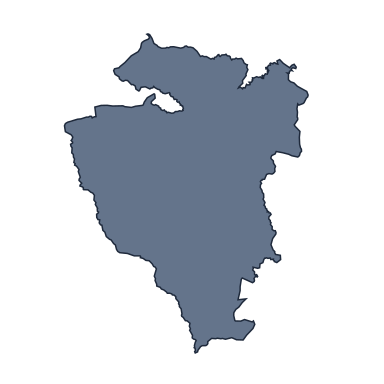 Albania, La Guajira, Colombia (orthographic projection), rotated 176°
{"feature_id": "7082276B89391660501858", "entity_name": "Albania", "entity_type": "district", "adm_level": 2, "iso_a3": "COL", "parent_name": "Colombia", "parent_adm1": "La Guajira", "projection": "orthographic", "projection_center": [-72.544, 11.245], "detail": "fine", "context": "isolated", "style": "filled", "palette": "slate", "viewbox_px": 384, "rotation_deg": 176, "n_neighbors": 0, "source": "geoboundaries", "source_scale": "gbopen_adm2", "svg_char_len": 6044}
<svg xmlns="http://www.w3.org/2000/svg" viewBox="0 0 384 384"><g transform="rotate(176 192 192)"><path d="M261.7,318.5L260.5,314.7L256.7,311.9L256.5,310.0L254.2,307.8L252.8,307.3L250.6,308.1L248.5,307.7L244.9,303.3L243.3,303.3L241.2,301.6L240.8,298.6L238.1,296.5L237.4,296.7L235.5,300.0L231.2,300.2L226.8,297.7L225.9,298.4L223.9,298.6L222.8,300.0L221.9,298.8L218.9,296.8L217.0,296.3L216.4,294.4L215.0,293.7L214.3,292.7L211.9,291.9L207.6,292.7L207.1,292.0L207.4,290.9L206.2,288.8L204.3,288.2L203.3,285.5L202.2,285.7L200.6,285.1L200.8,283.4L200.0,282.6L198.4,282.6L198.4,281.6L197.6,280.7L197.6,279.4L196.6,279.5L196.2,278.6L195.4,278.5L194.8,275.7L195.5,275.0L195.2,274.0L196.6,273.4L199.0,273.9L200.4,273.3L203.0,273.4L204.8,272.1L206.8,272.0L210.1,273.2L211.5,272.8L211.9,274.1L212.9,274.2L213.9,275.8L215.4,275.3L217.3,276.4L217.4,277.9L218.8,278.6L219.3,280.0L222.2,281.7L223.5,281.2L224.8,281.7L226.5,283.1L226.2,285.0L222.2,288.2L222.4,292.1L223.0,292.6L230.0,289.2L233.3,285.1L234.6,282.3L235.4,281.9L242.4,281.5L246.5,280.6L253.0,281.8L254.9,282.8L265.1,283.3L270.6,284.4L276.6,284.7L283.0,283.5L282.5,273.9L284.3,273.8L286.4,272.9L286.9,274.4L288.5,274.7L290.2,273.9L292.0,274.1L297.7,272.7L301.1,272.6L311.2,270.3L313.5,269.1L314.6,267.0L314.1,261.0L308.4,257.4L307.1,255.1L308.1,252.7L309.0,251.8L307.6,250.1L307.8,249.1L309.8,248.1L309.5,246.0L308.5,244.5L309.2,239.4L307.8,237.8L307.8,235.0L306.9,233.2L307.8,229.7L306.6,228.5L307.2,227.0L305.4,225.9L303.2,222.4L304.0,220.3L302.4,214.5L303.7,212.7L303.9,211.4L301.4,208.5L303.1,206.8L303.4,205.8L300.7,204.6L300.1,203.7L300.3,202.4L300.0,201.9L295.6,201.4L292.9,198.8L291.1,197.9L289.6,195.5L290.4,190.8L288.6,188.2L289.3,186.3L287.3,182.3L287.7,181.9L287.7,179.4L286.6,178.5L287.1,177.5L288.7,176.5L288.8,173.2L287.7,171.0L286.0,170.7L286.7,167.6L285.5,165.6L284.2,165.2L283.6,160.0L281.7,158.0L280.6,153.5L277.6,150.6L276.0,149.8L273.8,146.0L272.1,144.5L271.3,140.0L270.2,137.9L268.3,136.5L260.7,135.2L254.0,132.3L248.3,131.9L247.8,131.4L248.1,130.1L245.3,129.1L242.8,127.0L239.5,126.4L236.7,123.1L235.4,120.4L234.1,119.8L232.9,117.8L235.5,110.7L234.5,108.2L235.0,106.2L233.7,102.7L233.7,100.6L230.3,99.1L229.4,97.4L227.0,96.3L224.3,93.9L223.7,92.7L221.4,92.6L219.3,91.8L218.8,90.7L217.1,90.4L215.5,88.8L215.5,86.7L212.8,83.1L213.2,81.4L212.5,80.3L212.6,78.5L211.0,76.3L210.5,71.0L211.1,69.9L210.9,68.7L209.5,67.5L207.6,64.1L205.8,63.8L203.2,61.2L204.0,58.4L203.1,55.5L204.0,54.3L201.5,49.0L202.0,46.5L200.7,45.2L198.9,44.5L198.2,43.5L199.2,41.9L200.3,38.7L200.2,37.0L200.7,36.5L199.8,35.8L199.7,33.5L200.5,32.6L200.0,31.2L197.6,32.1L197.1,33.7L194.2,37.2L192.5,38.0L188.9,37.8L187.5,38.7L186.8,39.6L186.7,41.7L182.6,44.6L178.6,44.0L176.9,44.4L173.5,43.6L171.8,43.8L168.9,42.8L162.5,43.9L157.9,41.5L151.3,40.8L147.5,45.4L140.7,51.6L138.6,55.6L139.7,59.1L141.0,58.2L148.5,61.1L152.3,59.8L157.6,60.3L158.2,60.8L159.0,65.8L158.7,68.7L156.5,71.8L153.3,73.9L149.6,78.2L145.6,81.6L153.6,81.3L150.9,90.2L150.6,94.2L148.9,101.5L147.9,102.7L137.9,97.3L136.2,98.4L135.8,99.7L136.2,101.4L134.5,103.4L132.8,102.7L132.4,103.2L133.3,105.1L134.6,104.8L135.3,105.3L135.2,108.0L136.9,110.0L136.2,111.5L136.3,112.7L131.8,111.3L129.8,111.7L129.2,115.5L126.2,116.6L125.0,119.8L123.9,121.0L123.2,120.8L122.4,121.2L120.9,120.5L118.6,120.7L118.1,119.1L115.5,119.3L115.7,118.5L114.7,117.6L114.8,116.9L112.3,115.7L108.3,118.4L108.3,122.7L113.0,123.9L113.8,125.9L113.6,126.8L115.1,128.5L116.9,133.9L114.8,139.9L111.3,144.2L111.0,145.6L111.6,147.6L113.1,147.7L114.7,149.1L114.4,151.9L116.0,154.1L115.3,156.0L116.0,156.7L115.9,158.1L117.3,159.8L117.0,161.9L114.7,164.1L115.3,165.6L116.6,165.8L116.9,167.0L118.3,166.9L118.0,168.1L118.7,168.8L118.6,169.8L119.7,170.5L120.1,172.7L121.1,173.7L119.9,176.5L121.6,179.9L120.8,181.4L120.7,185.1L121.9,186.8L122.1,188.8L123.6,191.6L123.2,194.4L122.0,195.8L123.1,197.5L122.4,198.6L121.4,198.7L121.1,199.6L118.7,199.7L116.4,204.3L114.0,205.0L110.9,204.3L109.4,205.0L107.8,206.7L107.9,209.5L106.9,211.8L108.7,215.1L108.7,217.3L110.9,219.9L110.9,220.8L109.9,222.8L106.4,224.2L105.2,226.5L98.9,224.9L92.9,222.9L89.9,221.2L84.0,219.5L82.3,220.8L81.3,223.6L79.9,224.9L79.9,227.1L80.7,228.6L81.3,232.1L81.1,239.1L80.1,244.9L84.7,250.5L85.3,251.9L81.5,256.8L81.4,258.5L81.9,259.4L81.2,264.3L81.5,267.7L80.4,272.5L79.3,271.2L75.1,272.5L74.0,273.3L71.3,277.8L70.0,278.8L69.4,280.6L70.5,284.3L79.5,290.1L82.7,293.7L86.0,295.1L88.0,297.3L87.5,303.0L88.6,304.0L86.7,303.8L86.3,305.6L84.4,306.4L83.6,306.1L84.6,307.6L84.0,308.3L82.7,308.9L79.9,307.9L79.3,309.3L81.2,312.3L83.5,311.5L86.0,309.2L92.0,314.0L95.3,318.0L98.1,316.8L97.5,313.6L99.5,314.3L100.4,315.3L101.9,315.0L102.3,314.2L104.8,315.1L105.3,314.6L105.0,313.1L106.8,313.0L108.0,311.2L109.7,311.0L109.6,309.6L108.0,309.7L108.3,307.4L107.3,308.3L106.9,307.9L108.7,304.3L110.6,304.8L112.1,302.7L113.6,303.5L114.0,303.2L114.1,302.0L112.6,301.1L112.7,300.3L114.1,300.4L115.9,302.1L117.4,301.6L119.5,302.5L122.3,301.4L123.7,301.7L123.6,299.9L124.2,299.5L123.8,299.0L125.0,297.4L127.4,297.5L126.4,296.0L126.7,295.0L129.1,294.9L130.1,295.6L131.8,292.1L133.7,292.6L134.3,291.4L136.6,293.3L138.4,292.6L137.7,293.7L133.8,296.9L133.9,299.6L129.8,304.4L130.0,305.9L127.7,310.1L128.7,312.6L127.9,315.1L129.1,315.4L131.1,317.2L131.8,319.6L133.3,321.8L137.2,321.6L138.7,322.5L140.2,321.6L142.1,321.8L143.1,320.9L144.3,322.8L144.4,324.1L145.2,325.0L147.3,325.4L148.5,327.1L149.3,326.6L152.7,326.6L154.5,325.2L155.2,325.7L155.6,327.2L156.3,327.2L158.5,325.0L160.2,324.7L160.7,323.1L162.3,323.9L163.8,323.2L168.2,326.1L170.5,326.2L172.2,327.1L174.1,326.6L177.2,332.0L180.9,335.8L183.6,336.7L185.6,336.7L187.5,338.1L189.1,337.8L190.3,336.8L193.2,336.3L200.2,338.2L203.4,338.3L205.1,337.5L207.0,338.0L208.2,337.4L212.2,337.5L215.8,339.4L216.6,340.7L219.6,342.8L221.2,348.1L223.3,352.0L224.9,352.8L226.0,352.5L224.2,350.8L223.7,348.7L225.0,347.5L229.1,346.1L231.2,344.8L232.0,343.8L233.2,339.3L235.9,335.7L243.1,332.1L249.9,325.8L254.9,322.3L256.2,321.0L260.7,320.3L261.7,318.5Z" fill="#64748b" stroke="#1e293b" stroke-width="1.5"/></g></svg>